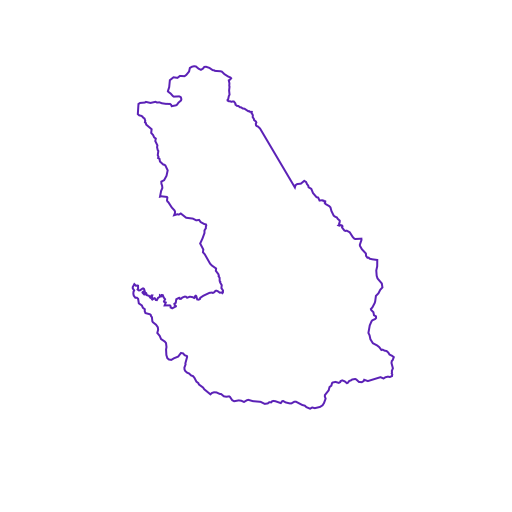 Utcubamba, Amazonas, Peru (Robinson projection), rotated 300°
{"feature_id": "86281439B73315101481334", "entity_name": "Utcubamba", "entity_type": "district", "adm_level": 2, "iso_a3": "PER", "parent_name": "Peru", "parent_adm1": "Amazonas", "projection": "robinson", "projection_center": [-78.316, -5.759], "detail": "fine", "context": "isolated", "style": "outline", "palette": "violet", "viewbox_px": 512, "rotation_deg": 300, "n_neighbors": 0, "source": "geoboundaries", "source_scale": "gbopen_adm2", "svg_char_len": 6141}
<svg xmlns="http://www.w3.org/2000/svg" viewBox="0 0 512 512"><g transform="rotate(300 256 256)"><path d="M170.8,164.7L167.4,164.8L166.3,165.5L165.3,167.7L163.7,167.8L161.9,168.7L160.5,170.0L159.5,172.4L160.3,173.7L160.0,175.3L156.4,178.2L156.1,181.9L154.6,183.9L154.3,186.3L152.6,187.2L151.3,188.8L152.5,193.3L152.3,194.4L151.5,195.1L150.9,196.5L147.6,198.9L147.1,199.8L146.5,203.8L145.2,206.6L143.2,208.1L140.0,209.0L138.7,212.5L136.6,215.3L136.3,219.8L135.6,221.6L132.4,224.0L130.0,224.9L125.4,227.9L123.2,230.3L122.8,232.3L123.7,234.6L126.4,236.1L130.0,238.9L134.5,239.5L135.2,241.6L134.4,243.8L134.8,246.2L134.2,246.8L127.7,248.5L126.9,249.2L123.5,249.8L121.9,250.9L121.0,252.3L120.5,254.8L120.8,256.7L120.1,259.6L120.5,261.5L119.7,263.6L117.4,267.2L117.1,269.6L116.2,270.8L115.6,276.0L114.7,277.8L113.4,285.7L115.3,286.3L117.0,287.8L118.1,290.0L118.4,293.5L119.0,294.9L118.4,298.3L119.3,300.7L121.0,302.9L121.0,303.8L119.2,307.5L119.3,309.7L122.3,313.2L123.3,315.6L123.6,318.6L126.5,320.2L127.6,321.3L128.7,325.8L132.0,332.9L132.3,337.5L134.2,339.9L136.0,340.6L136.9,342.4L138.1,342.5L139.1,343.4L139.9,345.3L141.0,351.0L143.4,351.3L144.0,352.0L144.0,354.8L145.2,358.9L146.1,360.4L148.9,362.0L149.8,363.4L150.1,370.6L150.8,373.1L150.3,375.2L150.8,379.2L152.9,380.4L153.6,383.0L157.3,386.9L160.0,388.3L162.7,388.4L167.3,387.6L168.7,385.9L170.0,385.2L176.0,386.1L179.3,385.2L181.4,386.1L183.9,385.4L184.7,385.6L186.7,387.8L187.5,391.1L188.9,392.0L190.0,391.8L191.4,392.9L191.8,395.5L191.3,398.3L192.1,398.9L194.3,399.2L195.9,400.5L197.1,401.0L199.1,403.4L199.2,404.6L198.4,408.1L199.6,410.7L201.6,411.8L202.9,411.6L203.6,415.4L213.3,424.4L213.7,427.7L215.7,428.7L217.5,430.6L218.1,432.4L220.0,433.8L221.6,433.2L222.2,432.2L223.4,431.9L224.3,431.1L227.2,430.7L231.1,426.8L233.0,426.1L234.2,426.4L237.3,425.9L237.6,423.7L237.4,420.9L238.5,418.9L239.0,416.6L238.3,414.6L238.2,412.5L237.3,411.6L238.7,408.3L239.1,405.6L238.9,400.8L241.1,396.7L244.1,394.0L245.6,391.8L252.8,389.2L257.3,388.7L258.5,388.9L261.0,390.7L262.3,391.0L263.7,390.1L263.7,387.8L266.0,385.8L266.8,382.8L267.5,382.0L269.7,382.5L274.6,382.3L276.3,381.9L281.4,379.8L284.9,380.7L288.9,380.5L292.0,381.2L295.1,378.7L297.3,372.5L299.2,370.4L303.6,367.4L307.7,366.1L313.2,363.0L311.3,358.4L310.5,355.8L310.9,354.3L310.2,353.4L311.1,351.3L313.1,349.9L314.8,344.3L316.8,340.9L317.7,340.3L322.7,339.3L323.7,338.6L320.3,333.4L320.2,332.3L320.8,330.3L323.4,325.3L323.3,321.9L322.4,320.9L322.3,319.7L323.7,316.3L324.0,316.0L324.8,316.1L325.4,315.5L325.2,314.1L324.0,313.2L323.8,312.1L325.1,312.5L325.6,311.8L327.3,311.5L328.5,310.8L329.1,308.0L329.8,306.9L329.6,304.5L329.8,303.1L332.7,298.8L335.3,296.2L335.8,294.6L335.8,290.2L336.3,289.0L337.4,289.0L338.0,288.6L337.5,287.4L337.8,286.8L337.3,286.2L337.4,285.5L335.8,283.3L337.7,280.6L337.2,279.0L339.0,273.9L341.8,270.3L341.8,267.2L343.1,266.0L343.7,264.3L345.1,262.4L345.2,260.2L341.1,258.7L338.9,255.7L337.1,254.8L334.8,255.4L368.4,195.8L369.1,193.0L368.9,191.7L369.1,190.8L370.4,189.7L371.7,189.6L372.4,188.7L372.8,186.3L373.7,185.6L374.6,183.7L376.3,182.9L377.1,181.8L377.3,180.9L378.7,180.3L377.8,178.5L378.0,177.5L377.5,177.0L377.8,172.4L377.1,170.7L377.3,168.9L376.8,167.7L377.1,165.8L376.5,164.4L376.8,162.5L377.8,161.9L378.7,159.7L378.4,158.8L377.2,157.5L377.1,156.4L376.4,155.0L376.4,153.7L376.9,153.3L377.9,153.5L380.9,152.5L382.5,152.4L385.8,150.0L389.4,148.4L389.9,147.8L392.3,146.6L394.5,144.6L396.0,145.4L397.5,145.6L397.8,144.6L397.5,142.1L397.7,137.7L398.6,134.2L398.2,132.8L395.8,127.9L395.9,127.1L395.3,125.5L395.6,121.6L394.9,118.1L393.9,116.7L391.6,116.3L389.7,115.2L389.5,112.6L390.1,109.2L389.4,107.5L387.9,105.9L385.8,104.7L382.3,105.8L378.0,105.1L376.0,104.2L373.9,100.1L371.0,98.9L369.5,95.2L365.2,93.5L358.8,96.4L354.6,97.3L354.4,97.7L354.0,100.9L353.0,103.9L352.9,105.1L355.8,109.6L356.0,111.2L355.5,112.0L354.4,113.0L353.2,113.3L350.1,112.2L347.4,111.9L346.5,111.4L343.6,108.1L344.5,106.9L344.7,105.5L342.7,101.9L341.2,98.1L340.8,95.6L339.4,93.5L339.3,91.9L335.8,88.1L334.4,83.6L333.3,83.0L330.6,79.1L328.9,78.2L319.8,82.7L319.4,84.5L320.0,86.5L320.0,88.0L319.5,88.6L319.3,90.7L317.7,92.5L316.2,93.0L316.1,94.1L314.9,95.2L313.6,102.2L310.2,103.7L309.3,106.4L307.8,108.5L307.6,110.5L305.2,111.3L302.5,115.3L300.8,115.9L298.6,117.9L298.1,118.9L294.2,120.5L293.1,122.0L291.9,122.2L291.9,123.8L289.8,125.6L288.8,130.1L289.2,130.9L289.1,132.2L286.0,136.7L280.7,138.4L275.7,138.5L273.1,136.8L271.2,138.0L270.1,139.4L268.1,140.9L264.9,141.3L259.4,143.2L260.4,144.2L262.6,149.3L262.3,150.0L259.7,151.1L258.9,152.1L258.8,153.1L255.9,158.8L254.7,162.7L253.8,163.8L252.4,164.4L250.4,164.7L252.9,167.1L253.1,168.1L253.6,168.7L255.2,169.6L254.2,176.4L256.8,182.6L257.0,186.4L258.8,188.7L257.7,191.1L257.8,195.1L258.3,196.9L257.7,197.6L256.1,198.0L255.0,198.7L252.4,198.6L250.1,199.9L244.4,200.9L238.9,201.4L235.3,207.1L232.7,208.2L231.9,210.7L226.4,220.1L225.7,222.5L225.2,227.7L223.1,228.6L221.4,232.6L220.3,233.7L219.8,233.7L218.9,235.4L216.2,237.0L215.9,237.9L215.2,238.1L213.6,240.9L210.9,242.1L209.6,244.7L207.8,245.6L207.0,245.4L207.3,244.5L206.1,243.0L206.4,240.4L206.1,238.9L205.5,238.3L203.8,238.0L202.4,237.1L202.3,236.1L200.8,234.1L195.3,230.3L191.9,228.6L190.9,229.0L189.5,228.2L189.0,226.8L191.4,224.3L191.5,223.7L190.6,223.3L189.4,223.8L188.7,223.5L188.7,221.8L187.7,219.1L185.4,217.2L185.7,215.7L185.3,214.7L183.2,213.0L181.3,212.4L180.8,211.4L181.5,210.6L181.2,210.2L178.7,208.6L175.3,209.9L173.8,209.2L172.9,210.0L172.7,211.5L172.3,211.8L168.8,209.6L168.7,207.8L169.8,207.2L170.2,206.1L167.5,201.6L170.6,201.1L170.3,199.5L170.6,199.0L173.1,198.9L173.9,196.9L175.5,194.8L175.1,193.9L173.9,194.2L173.9,192.5L172.7,193.2L170.8,192.1L168.2,192.2L167.8,191.2L168.8,189.7L168.7,189.1L166.4,188.0L166.5,187.6L167.6,187.5L168.5,186.2L170.0,185.9L169.7,185.3L168.6,185.1L167.5,185.8L167.0,185.5L168.0,183.2L167.5,181.1L168.9,179.5L168.4,178.7L167.2,179.1L166.8,178.4L167.5,176.0L168.1,175.9L169.0,176.4L169.3,177.8L171.4,175.6L171.6,174.8L171.2,174.1L168.3,172.7L167.6,171.8L167.8,170.2L169.0,170.1L171.3,168.7L171.1,167.9L170.2,167.0L170.8,164.7Z" fill="none" stroke="#5b21b6" stroke-width="2"/></g></svg>